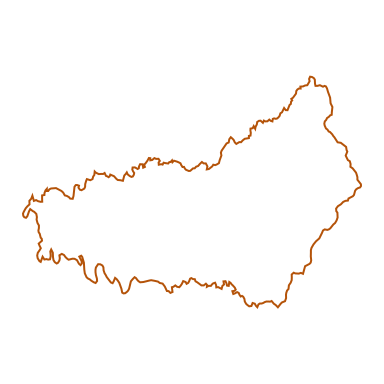 the district of Bonópolis, Goiás, Brazil
{"feature_id": "56859067B5105293023793", "entity_name": "Bonópolis", "entity_type": "district", "adm_level": 2, "iso_a3": "BRA", "parent_name": "Brazil", "parent_adm1": "Goiás", "projection": "equal_earth", "projection_center": [-49.911, -13.542], "detail": "fine", "context": "isolated", "style": "outline", "palette": "amber", "viewbox_px": 384, "rotation_deg": 0, "n_neighbors": 0, "source": "geoboundaries", "source_scale": "gbopen_adm2", "svg_char_len": 5971}
<svg xmlns="http://www.w3.org/2000/svg" viewBox="0 0 384 384"><path d="M277.9,307.3L280.7,303.7L282.0,302.4L285.0,301.2L286.1,298.1L286.0,294.7L286.3,292.8L287.1,290.5L288.5,289.0L288.9,285.3L290.7,282.7L291.7,280.1L291.8,277.4L291.7,274.5L293.7,272.7L295.2,273.4L298.8,273.6L300.9,272.9L303.0,273.8L305.1,266.2L309.5,263.9L310.7,262.6L311.2,260.3L310.8,256.5L310.9,252.3L310.9,250.1L311.5,247.9L313.5,244.4L316.0,241.3L319.3,238.4L322.0,232.9L323.0,230.5L324.7,229.4L327.4,229.9L329.0,229.3L330.3,228.3L333.3,224.5L335.1,223.0L336.6,220.4L337.6,217.5L337.4,212.6L336.3,211.2L336.1,208.6L337.9,206.2L340.9,204.3L343.2,201.9L345.5,200.8L347.9,200.6L348.5,198.5L352.9,196.2L354.0,194.9L355.1,190.8L356.1,189.4L357.8,188.2L360.1,187.4L361.0,186.0L360.9,184.2L357.4,179.7L357.4,177.1L356.7,174.6L356.0,172.6L352.6,168.3L350.4,166.8L350.6,164.1L349.8,161.2L347.9,160.1L346.5,157.3L345.7,155.6L347.3,151.6L346.6,150.1L346.1,146.9L340.8,142.8L337.6,142.3L334.4,137.3L333.2,135.9L332.3,134.4L330.0,132.0L328.7,131.5L327.4,129.5L326.0,128.5L324.7,125.6L324.3,123.7L324.8,121.4L326.2,119.9L327.0,118.1L329.0,116.7L330.2,115.3L331.7,114.8L331.8,112.5L332.4,107.0L330.6,103.3L330.1,97.6L328.0,91.9L327.0,88.4L325.9,86.4L324.5,85.9L323.0,86.7L319.9,85.2L317.3,85.9L315.5,85.9L315.0,83.6L314.8,79.6L313.8,78.1L312.0,77.0L310.1,76.7L309.1,79.0L309.6,81.2L307.3,85.2L305.0,85.5L303.1,86.4L300.4,86.6L300.6,88.5L298.9,88.5L297.4,89.5L296.3,91.0L296.0,93.6L293.0,97.7L291.3,98.9L292.2,100.4L291.1,101.6L290.8,104.0L289.6,104.9L288.4,107.9L287.5,110.2L285.7,110.1L284.1,108.0L282.0,112.3L280.4,113.3L279.6,115.9L278.3,117.5L276.9,118.6L275.6,118.8L274.1,118.4L272.8,118.9L272.4,121.4L270.6,120.8L269.3,119.6L267.4,121.3L265.2,121.4L263.9,120.6L262.9,122.8L260.6,120.7L259.0,120.8L257.2,122.0L256.8,124.5L255.6,126.7L255.2,128.8L253.7,126.1L252.7,128.2L250.5,128.6L250.4,130.4L250.8,132.9L250.5,135.6L248.9,135.9L248.9,138.1L244.7,138.8L242.6,140.5L241.1,142.2L239.3,142.1L236.3,143.9L234.8,142.4L233.7,140.0L232.6,138.8L230.8,137.2L229.3,139.2L228.7,142.5L226.6,143.4L221.6,150.7L220.9,152.7L221.4,155.5L219.7,160.1L218.9,163.2L216.5,164.6L215.1,165.1L213.3,164.7L212.2,166.4L208.9,169.0L206.8,169.4L207.4,166.4L205.8,163.4L203.6,163.4L201.9,162.0L199.8,164.0L198.1,166.0L196.1,166.7L194.7,168.3L193.0,168.4L190.3,170.8L188.9,171.0L186.0,169.8L184.9,168.6L184.0,166.9L182.5,167.0L181.2,165.0L180.5,163.3L178.8,162.4L177.2,161.7L174.0,160.7L172.5,162.2L172.0,160.4L170.6,162.0L169.3,162.1L168.2,163.5L165.3,163.1L163.6,162.7L162.6,164.6L161.2,164.2L158.8,164.7L158.6,162.5L159.8,160.9L158.5,158.8L156.1,158.9L154.4,158.1L152.2,160.0L150.3,160.3L150.3,158.2L148.9,158.0L147.5,160.6L145.4,163.5L144.1,164.7L144.9,166.9L143.2,167.7L142.6,164.3L140.1,164.2L139.0,166.5L138.8,168.3L137.6,169.0L136.4,168.2L134.9,167.4L132.6,167.5L132.3,169.5L133.0,171.2L134.2,173.0L133.8,174.8L132.8,176.5L131.4,176.9L129.7,176.0L127.7,174.4L126.8,172.4L125.8,173.9L124.3,175.5L122.9,180.8L120.3,180.2L117.8,180.0L116.5,179.0L114.0,176.2L110.3,174.6L109.7,176.3L108.6,177.2L107.4,176.4L106.0,175.9L104.6,173.0L103.1,174.0L101.5,173.9L98.8,174.1L95.9,172.7L94.7,171.5L94.3,175.0L93.2,176.5L92.5,179.1L90.3,180.2L86.9,179.1L86.2,180.7L85.2,184.1L85.1,186.8L84.3,188.6L81.5,190.2L79.9,189.7L78.5,187.7L79.0,185.7L77.0,185.0L75.7,185.1L74.5,186.8L73.5,196.0L72.7,198.8L70.2,198.6L68.9,197.1L66.8,195.9L64.8,195.4L63.2,192.6L61.5,191.0L56.0,188.1L51.0,188.5L49.4,189.3L48.2,191.0L46.8,191.0L46.8,188.9L45.5,190.4L44.5,193.0L44.4,195.0L42.1,195.4L42.1,198.5L42.2,201.7L40.6,201.8L38.1,201.2L36.1,200.1L33.9,200.9L32.4,195.7L31.2,198.8L29.4,200.8L29.5,204.4L27.4,206.3L25.7,208.3L23.8,211.7L23.0,213.6L23.3,215.8L24.3,217.2L26.0,217.8L27.3,216.3L29.0,211.4L30.2,209.1L32.8,211.1L34.2,211.8L36.3,213.9L36.9,217.1L36.6,219.6L37.5,223.0L38.9,225.4L38.9,228.0L38.4,230.6L38.7,232.3L39.7,233.7L40.7,237.7L41.7,238.7L42.0,240.7L38.7,243.6L39.6,245.8L40.8,248.2L39.5,250.4L37.8,252.8L37.2,255.5L37.7,258.3L39.5,261.2L40.7,261.9L42.6,256.7L44.4,259.5L46.4,259.1L48.2,259.6L50.0,259.3L50.7,256.2L50.6,254.3L50.3,251.5L51.2,249.5L52.8,252.7L53.0,257.1L53.5,260.1L54.8,262.2L56.7,263.5L58.0,262.8L59.4,260.5L59.8,258.2L59.4,255.3L61.8,253.9L64.0,255.0L65.6,257.2L67.3,258.8L68.6,259.7L72.5,258.7L74.6,258.8L77.0,260.2L78.9,263.7L80.5,265.1L81.8,263.5L81.6,261.1L79.3,256.6L81.2,255.7L82.2,256.9L83.9,262.7L84.3,269.7L84.8,273.3L86.6,277.3L88.1,278.6L89.8,279.4L91.3,280.7L93.8,282.3L95.6,283.0L97.1,281.0L96.9,278.5L95.9,275.0L95.5,272.2L95.5,269.7L95.9,267.5L98.1,264.2L100.3,264.3L102.4,265.5L103.4,267.3L103.6,270.3L104.6,273.3L105.6,274.8L106.7,277.0L110.9,282.5L112.6,283.2L113.7,281.3L115.1,277.9L116.6,279.1L118.0,280.9L119.3,282.9L121.4,288.7L122.2,292.6L123.5,293.4L125.2,293.2L127.1,291.7L128.1,290.6L129.1,288.7L130.9,281.3L132.8,279.0L134.6,277.2L136.0,278.1L137.3,279.9L138.5,281.2L140.2,282.3L143.4,282.0L149.5,280.5L151.2,280.2L154.5,280.8L158.0,281.6L159.8,283.0L162.6,283.6L164.8,286.5L166.9,291.0L168.6,291.1L170.4,292.9L172.5,292.0L171.9,287.2L173.4,286.8L175.3,285.4L177.1,286.8L179.3,287.2L180.7,285.6L181.8,284.0L183.2,281.1L185.6,282.0L186.6,283.8L188.2,282.9L189.2,281.1L190.1,278.7L191.3,278.1L193.0,279.1L194.8,279.2L195.5,281.3L197.1,282.2L198.9,283.5L201.4,285.4L203.8,285.4L205.9,283.7L207.1,285.0L206.9,286.8L208.5,285.9L210.9,285.9L211.9,284.5L213.1,283.4L215.1,282.7L216.1,285.1L216.3,287.4L218.1,287.1L221.6,288.9L222.4,285.9L224.0,284.5L223.5,281.4L225.5,281.2L226.5,283.4L227.0,285.6L228.7,285.9L229.3,282.0L230.6,282.9L231.5,284.2L232.7,285.3L234.8,287.6L235.7,289.6L234.6,290.8L232.4,291.2L233.3,294.0L234.9,293.4L237.1,292.1L238.7,292.9L239.5,294.8L240.7,296.5L242.0,295.9L243.2,296.7L244.4,298.9L244.8,301.5L246.1,303.8L247.4,305.0L249.2,306.3L251.4,306.0L252.6,303.0L254.8,303.7L255.9,305.7L257.3,307.2L258.4,304.5L259.8,303.5L261.7,303.5L263.2,303.0L264.7,302.1L266.5,301.5L270.3,301.6L271.6,301.0L273.8,303.7L275.7,305.0L277.9,307.3Z" fill="none" stroke="#b45309" stroke-width="2"/></svg>